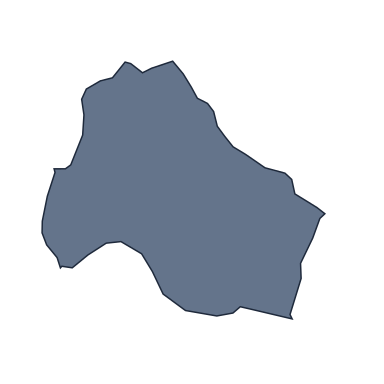 outline of Färgelanda, Västra Götaland, Sweden, rotated 290°
{"feature_id": "70781695B86197919704884", "entity_name": "Färgelanda", "entity_type": "district", "adm_level": 2, "iso_a3": "SWE", "parent_name": "Sweden", "parent_adm1": "Västra Götaland", "projection": "robinson", "projection_center": [12.057, 58.624], "detail": "fine", "context": "isolated", "style": "filled", "palette": "slate", "viewbox_px": 384, "rotation_deg": 290, "n_neighbors": 0, "source": "geoboundaries", "source_scale": "gbopen_adm2", "svg_char_len": 826}
<svg xmlns="http://www.w3.org/2000/svg" viewBox="0 0 384 384"><g transform="rotate(290 192 192)"><path d="M217.0,324.3L220.1,314.8L225.4,289.3L237.9,281.4L241.5,272.9L239.7,252.3L245.7,229.3L248.5,215.1L255.5,203.7L262.4,193.3L275.0,184.8L280.5,176.3L281.0,172.5L281.9,165.0L290.3,155.5L300.0,143.3L308.3,129.1L294.5,111.7L287.1,104.7L291.7,90.5L291.2,84.7L272.1,78.2L265.1,67.9L252.6,57.5L241.4,56.6L227.5,64.1L208.1,69.8L176.0,68.8L170.5,65.1L166.6,54.5L163.5,56.6L138.5,57.5L113.4,61.3L102.3,65.1L92.6,73.5L84.2,87.7L75.7,94.3L77.7,95.1L79.8,105.4L97.2,115.7L114.6,128.9L121.1,142.2L116.7,165.8L103.7,182.0L86.2,199.8L78.4,226.4L84.0,257.7L92.3,271.9L100.7,276.6L102.1,288.0L107.0,329.5L110.4,326.0L148.1,324.1L162.1,318.4L190.0,321.2L210.9,321.2L217.0,324.3Z" fill="#64748b" stroke="#1e293b" stroke-width="1.5"/></g></svg>